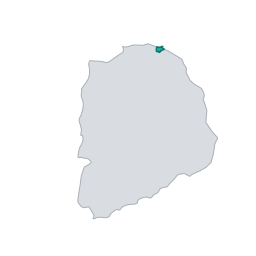 La Paloma, Rocha, Uruguay shown in context, rotated 235°
{"feature_id": "84410073B66166810311387", "entity_name": "La Paloma", "entity_type": "district", "adm_level": 2, "iso_a3": "URY", "parent_name": "Uruguay", "parent_adm1": "Rocha", "projection": "robinson", "projection_center": [-54.156, -34.573], "detail": "fine", "context": "in_parent", "style": "filled", "palette": "teal", "viewbox_px": 256, "rotation_deg": 235, "n_neighbors": 0, "source": "geoboundaries", "source_scale": "gbopen_adm2", "svg_char_len": 3027}
<svg xmlns="http://www.w3.org/2000/svg" viewBox="0 0 256 256"><g transform="rotate(235 128 128)"><path d="M197.8,170.4L196.3,171.7L194.8,174.1L193.0,179.9L187.0,188.0L185.7,192.5L179.2,197.2L174.7,202.5L171.7,202.4L169.0,204.7L153.5,211.6L147.9,210.3L143.8,210.3L140.0,207.3L131.3,206.2L125.8,207.4L118.5,210.8L116.3,210.7L114.7,210.5L110.7,209.1L108.5,206.2L97.1,202.7L88.0,195.0L77.2,194.8L69.0,195.8L67.7,194.8L66.8,192.8L65.1,190.0L57.9,183.1L52.2,176.3L51.0,169.6L51.7,162.3L53.3,153.7L53.0,151.0L55.0,149.5L57.0,149.2L59.0,147.0L60.7,143.6L61.0,141.0L59.6,136.3L58.5,129.7L57.4,126.4L59.6,121.2L59.6,118.7L58.3,116.5L57.9,114.2L58.5,111.9L58.3,109.6L57.5,107.5L58.1,105.7L60.2,104.3L61.7,102.1L62.7,99.2L63.2,97.0L63.2,95.4L62.5,94.0L61.2,92.6L61.8,89.9L64.2,85.9L65.8,82.3L66.5,79.1L66.4,76.6L65.6,74.6L65.9,73.3L67.4,72.6L68.1,70.6L67.8,65.5L66.2,61.3L67.4,58.0L70.8,54.2L72.6,51.1L72.7,48.7L73.8,47.4L75.4,49.9L80.4,50.6L85.4,50.7L86.2,50.1L88.1,45.9L90.6,44.7L93.4,44.4L96.5,44.6L99.8,47.4L109.1,56.4L115.9,62.6L117.9,65.6L119.7,67.8L121.1,69.9L120.6,75.2L120.7,77.6L121.0,78.2L122.5,78.3L124.8,77.9L126.7,76.8L128.2,75.1L129.7,73.6L130.9,72.9L131.3,71.8L132.0,70.6L132.7,70.3L134.0,71.2L137.2,74.3L139.6,77.1L140.3,78.7L141.2,80.4L142.2,81.9L142.9,83.3L145.3,85.2L147.7,86.4L149.3,85.2L153.4,89.0L162.4,92.3L164.1,94.3L165.6,97.1L168.8,101.3L173.1,105.1L176.6,106.7L180.0,107.6L181.9,108.5L183.2,109.9L185.2,111.5L186.5,112.1L187.0,113.5L188.3,116.6L189.6,120.4L191.2,124.1L194.4,127.5L198.1,130.2L201.9,131.8L204.1,133.6L205.0,135.6L202.4,138.5L199.6,142.2L197.1,145.1L194.6,147.1L193.7,148.5L193.1,150.6L193.2,162.0L192.9,166.3L193.1,167.4L193.5,168.2L195.1,169.3L197.0,170.2L197.8,170.4Z" fill="#d9dde1" stroke="#a8b0b8" stroke-width="1"/><path d="M171.8,202.9L172.0,202.8L172.4,202.7L173.0,202.4L173.3,202.3L173.7,202.2L173.8,202.2L174.0,202.2L174.3,202.2L174.4,202.3L174.5,202.3L174.4,202.3L174.5,202.3L174.8,202.3L175.0,202.4L175.0,202.5L175.1,202.4L175.2,202.2L175.3,202.0L175.5,202.0L175.5,201.9L175.4,201.9L175.4,202.0L175.3,201.9L175.2,201.9L175.1,201.7L175.1,201.4L175.1,201.2L175.2,200.9L175.3,200.8L175.4,200.6L175.5,200.5L175.5,200.4L175.7,200.2L175.8,200.1L176.0,199.9L176.0,199.7L176.2,199.4L176.3,199.4L176.4,199.2L176.5,199.2L176.7,198.9L176.8,198.9L176.9,198.7L177.0,198.7L177.3,198.5L177.3,198.4L177.5,198.3L177.5,198.2L177.8,198.1L177.9,197.9L177.4,197.4L175.5,195.8L175.3,195.8L174.8,195.4L174.3,195.4L174.3,195.7L174.2,195.8L174.0,196.0L173.9,196.3L172.9,196.4L172.7,196.6L172.3,196.7L172.2,196.8L172.1,197.0L172.4,197.0L172.4,197.3L172.6,197.4L172.6,197.5L172.4,197.7L172.2,197.6L172.1,197.8L172.2,198.3L172.4,198.4L172.4,198.5L172.4,198.8L172.5,198.8L172.7,199.1L172.6,199.3L172.6,199.5L172.6,199.4L172.3,199.4L172.2,199.4L172.2,199.5L172.2,199.9L172.1,200.0L172.2,200.4L172.2,200.7L172.1,201.1L172.0,201.3L172.0,201.6L172.0,201.8L172.4,202.1L172.5,202.2L172.4,202.3L172.2,202.4L172.1,202.5L171.8,202.5L171.7,202.7L171.8,202.9Z" fill="#14b8a6" stroke="#0f766e" stroke-width="1.5"/></g></svg>